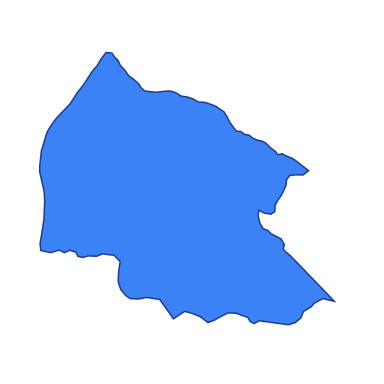 Praia Norte, Tocantins, Brazil (orthographic projection), rotated 277°
{"feature_id": "56859067B13207175256086", "entity_name": "Praia Norte", "entity_type": "district", "adm_level": 2, "iso_a3": "BRA", "parent_name": "Brazil", "parent_adm1": "Tocantins", "projection": "orthographic", "projection_center": [-47.779, -5.489], "detail": "fine", "context": "isolated", "style": "filled", "palette": "blue", "viewbox_px": 384, "rotation_deg": 277, "n_neighbors": 0, "source": "geoboundaries", "source_scale": "gbopen_adm2", "svg_char_len": 1766}
<svg xmlns="http://www.w3.org/2000/svg" viewBox="0 0 384 384"><g transform="rotate(277 192 192)"><path d="M100.9,346.5L140.5,297.7L143.5,293.0L146.2,289.6L151.1,290.0L156.3,286.2L158.1,281.4L160.1,275.7L163.3,271.6L164.1,267.3L169.1,263.3L176.3,260.5L182.0,260.6L179.9,266.4L179.6,273.1L182.7,276.6L189.2,276.2L194.6,278.3L199.4,281.0L204.9,282.9L209.9,284.5L215.5,284.3L220.3,286.9L221.6,292.5L222.5,300.2L227.4,305.1L235.9,290.8L237.8,286.8L239.3,281.2L240.9,276.8L239.4,272.5L242.5,269.8L245.9,263.8L249.6,259.2L251.1,254.8L251.4,250.4L253.1,245.2L255.5,241.5L255.5,237.5L257.9,233.1L257.9,228.6L262.0,224.5L266.4,220.5L270.5,217.9L275.5,213.9L277.9,209.2L280.0,205.2L281.5,199.1L282.6,193.2L282.0,187.5L284.4,182.1L285.7,176.1L285.9,169.4L288.6,163.7L289.6,157.8L288.7,152.6L287.5,148.2L286.5,143.2L286.5,137.5L286.5,132.9L289.0,129.0L293.1,125.7L296.5,120.7L299.8,114.8L304.2,111.0L309.2,105.2L313.6,102.5L316.5,98.7L320.1,95.5L320.1,89.8L313.7,85.9L305.7,82.4L300.5,78.8L285.4,71.4L276.0,65.7L264.9,60.4L249.0,48.6L243.3,45.3L237.2,42.3L232.5,40.5L214.2,37.5L199.2,37.7L193.7,38.3L174.4,45.2L165.1,46.9L151.1,48.0L146.6,48.4L128.3,47.8L122.2,47.5L115.5,49.1L114.6,59.3L118.1,66.9L116.3,72.9L119.2,77.5L118.1,84.2L114.2,86.6L113.7,91.6L115.9,96.6L116.6,105.2L119.8,111.0L119.6,115.6L119.8,122.2L114.1,129.2L109.1,129.0L101.9,129.0L93.7,129.7L86.5,133.2L81.1,138.9L78.7,143.6L79.2,151.5L81.8,160.0L81.4,173.1L73.7,180.1L63.9,189.1L67.9,193.6L72.6,199.3L71.6,206.8L69.4,215.0L64.3,223.8L67.5,229.7L72.5,236.6L76.5,242.8L77.0,250.9L75.9,255.3L74.3,262.7L70.4,265.7L69.0,269.7L72.4,274.4L72.2,287.4L72.0,304.0L74.9,310.3L80.3,315.5L87.0,317.2L92.6,324.3L96.4,326.8L102.2,334.9L101.4,340.9L100.9,346.5Z" fill="#3b82f6" stroke="#1e3a8a" stroke-width="1.5"/></g></svg>